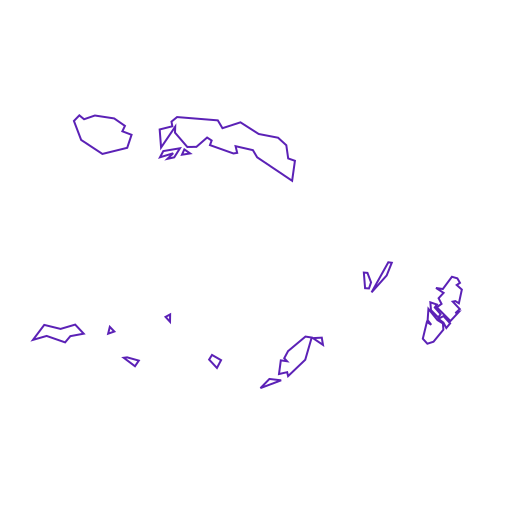 an SVG outline of Maluku, rotated 8°
{"feature_id": "IDN-554", "entity_name": "Maluku", "entity_type": "Province", "adm_level": 1, "iso_a3": "IDN", "parent_name": "Indonesia", "parent_adm1": "", "projection": "mercator", "projection_center": [130.68, -5.566], "detail": "medium", "context": "isolated", "style": "outline", "palette": "violet", "viewbox_px": 512, "rotation_deg": 8, "n_neighbors": 0, "source": "natural_earth", "source_scale": "10m", "svg_char_len": 1965}
<svg xmlns="http://www.w3.org/2000/svg" viewBox="0 0 512 512"><g transform="rotate(8 256 256)"><path d="M281.3,156.3L281.3,176.5L243.4,158.1L238.2,151.6L220.5,150.1L223.0,156.5L219.4,157.6L195.0,152.6L196.0,147.8L191.1,145.5L181.8,156.2L172.8,157.6L158.6,145.1L158.0,139.2L146.9,161.8L143.0,144.1L155.1,139.2L153.6,134.7L158.5,129.4L199.3,127.0L205.0,134.1L222.0,125.8L241.7,134.8L261.4,135.8L270.6,142.1L274.3,154.9L281.3,156.3ZM115.9,153.3L113.4,166.8L89.7,176.3L66.7,165.4L56.9,147.6L61.5,141.3L66.7,144.5L76.9,139.3L96.4,139.5L108.1,145.4L106.3,151.1L115.9,153.3ZM464.5,283.4L457.6,293.3L442.2,281.6L446.4,277.6L442.7,272.4L446.9,266.4L438.7,262.6L445.6,262.7L452.9,249.3L458.5,250.1L461.7,254.2L458.8,256.8L464.5,260.6L463.5,274.6L459.7,272.9L457.2,273.8L465.2,280.2L461.4,284.8L464.5,283.4ZM322.5,329.0L319.2,351.9L304.5,370.5L303.0,366.7L295.2,369.7L295.1,355.9L301.4,355.9L298.2,353.3L301.0,345.7L316.2,328.9L322.5,329.0ZM96.2,356.9L83.3,361.2L79.0,368.1L59.8,364.3L46.8,370.1L55.9,353.7L72.6,355.4L86.5,349.1L96.2,356.9ZM451.8,302.9L443.7,316.2L437.9,319.0L432.7,314.7L434.4,297.5L439.1,299.7L434.9,295.6L434.1,284.4L444.6,294.2L450.5,296.8L451.8,302.9ZM165.7,159.9L161.3,169.7L154.8,172.1L159.7,165.8L147.2,171.6L149.6,165.0L165.7,159.9ZM235.9,364.0L232.9,372.3L224.0,365.1L226.2,360.1L235.9,364.0ZM391.4,243.8L388.1,257.1L375.5,275.9L387.9,243.8L391.4,243.8ZM373.6,266.1L372.4,272.4L368.5,272.7L365.1,257.4L368.7,257.2L373.6,266.1ZM446.9,287.9L445.0,291.5L436.8,285.2L435.1,277.6L441.9,278.9L440.2,282.1L446.9,287.9ZM154.5,375.9L151.5,382.0L139.2,375.2L142.5,374.3L154.5,375.9ZM457.6,295.7L454.5,300.8L450.9,295.9L445.4,292.8L450.0,289.4L457.6,295.7ZM286.4,375.9L298.2,375.6L278.8,386.2L286.4,375.9ZM332.5,327.7L334.7,334.7L323.8,329.4L332.5,327.7ZM179.1,325.8L180.0,333.1L174.9,328.9L179.1,325.8ZM170.2,160.4L176.5,163.6L168.6,166.0L170.2,160.4ZM121.1,346.5L126.2,350.5L120.4,353.5L121.1,346.5Z" fill="none" stroke="#5b21b6" stroke-width="2"/></g></svg>